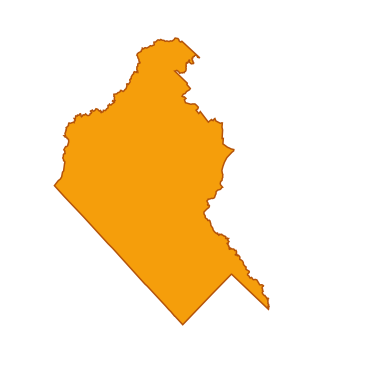 outline of Dolores, Petén, Guatemala, rotated 134°
{"feature_id": "79465075B81519160116587", "entity_name": "Dolores", "entity_type": "district", "adm_level": 2, "iso_a3": "GTM", "parent_name": "Guatemala", "parent_adm1": "Petén", "projection": "robinson", "projection_center": [-89.465, 16.645], "detail": "fine", "context": "isolated", "style": "filled", "palette": "amber", "viewbox_px": 384, "rotation_deg": 134, "n_neighbors": 0, "source": "geoboundaries", "source_scale": "gbopen_adm2", "svg_char_len": 6063}
<svg xmlns="http://www.w3.org/2000/svg" viewBox="0 0 384 384"><g transform="rotate(134 192 192)"><path d="M293.9,106.5L251.0,106.7L223.9,106.6L223.6,106.4L223.3,55.5L222.8,55.7L222.5,56.3L221.9,56.6L222.0,57.3L221.8,57.6L220.9,57.0L220.6,57.2L220.6,58.3L219.6,58.8L219.6,59.9L218.9,60.3L217.9,61.6L217.3,61.9L217.1,62.8L215.7,62.8L215.6,63.6L216.6,64.2L216.1,65.6L216.2,66.6L215.8,67.6L216.3,68.2L216.2,70.1L215.8,71.3L215.3,71.8L213.9,71.9L213.9,73.0L212.8,73.7L212.6,74.6L211.6,75.5L210.1,75.3L209.8,75.5L210.0,76.9L210.5,77.6L211.5,78.4L211.7,79.0L210.2,84.2L210.8,85.6L212.5,87.0L212.5,88.2L212.1,89.1L212.2,90.0L213.4,90.3L213.6,90.8L212.9,92.4L213.1,94.4L212.4,95.0L210.2,95.0L209.3,95.7L210.1,99.5L208.4,101.0L208.4,101.4L208.8,101.9L208.5,102.7L208.4,104.6L207.2,106.0L206.6,107.6L206.7,109.3L207.2,110.5L207.2,110.9L205.5,112.4L205.2,114.5L205.6,115.4L206.1,115.1L206.5,114.5L206.2,116.0L206.3,116.4L207.1,117.0L206.9,117.3L206.0,117.0L205.3,117.2L205.0,117.9L204.2,118.2L203.4,119.8L204.4,120.7L204.0,122.0L204.1,122.4L205.4,123.9L205.5,125.1L206.4,124.8L207.2,125.3L206.6,126.3L205.7,126.8L205.7,127.9L205.1,128.3L204.9,129.9L204.6,130.9L203.9,130.3L203.4,130.9L202.0,130.9L201.8,133.2L200.2,133.4L200.7,133.9L200.5,134.2L200.6,134.5L201.9,135.2L202.0,135.6L200.8,136.4L200.9,137.8L201.4,138.1L201.7,140.1L202.0,140.4L201.8,141.3L202.6,141.7L203.0,142.7L204.0,142.5L204.5,142.7L204.1,143.4L204.6,144.3L203.9,144.7L203.8,145.1L204.0,145.4L204.6,145.5L204.9,145.9L205.0,147.5L204.9,149.1L204.5,150.7L203.6,151.9L202.9,155.2L201.8,156.5L200.3,159.1L200.4,160.2L201.3,160.5L201.5,160.9L200.9,162.3L201.3,163.6L201.0,165.1L200.1,165.7L199.4,168.2L198.1,169.5L194.2,169.5L191.4,169.1L190.0,169.7L189.7,170.0L189.6,170.7L190.5,171.6L190.3,172.0L189.6,172.1L188.9,172.6L188.4,174.6L187.8,175.2L186.3,175.1L185.9,175.4L184.8,174.4L183.1,173.6L182.2,172.5L180.9,172.0L180.2,172.0L178.2,173.0L176.6,173.5L175.0,174.9L172.8,174.8L170.6,173.5L169.3,173.4L168.2,173.7L167.3,173.3L167.0,176.4L166.4,177.5L164.7,178.6L162.7,178.5L161.4,179.6L160.0,180.1L159.2,181.1L158.1,181.8L157.4,183.3L155.7,185.5L152.2,187.5L148.2,189.3L143.1,190.8L135.6,190.9L133.5,190.6L132.4,191.4L133.8,193.7L134.7,196.5L135.1,197.3L135.9,203.2L131.7,206.7L132.6,207.5L126.1,213.1L124.5,215.5L121.3,218.1L121.6,218.3L121.7,218.7L122.9,219.3L124.3,224.2L123.2,226.6L123.9,226.8L124.5,226.3L125.3,226.8L126.0,226.5L126.2,227.2L126.5,227.3L126.4,228.4L130.4,228.8L128.4,241.9L129.8,241.6L130.9,241.7L130.3,245.9L128.0,245.6L126.6,246.4L126.5,249.0L126.6,251.0L128.6,253.1L129.6,253.6L132.3,258.7L130.9,261.6L128.9,261.3L128.9,263.6L129.5,264.0L130.0,265.7L127.6,266.2L125.9,265.3L123.5,265.7L120.2,264.8L118.7,265.1L118.3,270.2L117.0,271.0L117.0,288.4L116.0,287.7L115.4,287.7L114.8,286.8L114.8,286.1L115.0,285.5L114.7,284.7L115.1,283.4L113.1,282.1L113.0,281.6L112.4,281.5L111.6,280.5L110.8,280.9L109.8,280.5L108.6,280.9L107.2,282.0L106.5,283.0L105.5,283.5L105.4,284.0L104.9,284.2L104.0,285.2L103.3,285.4L102.9,285.8L102.3,285.6L102.4,284.8L102.2,284.7L101.3,285.1L100.7,284.9L100.3,285.4L99.0,285.7L98.9,285.2L100.0,284.8L100.5,283.8L100.2,283.1L100.5,282.4L100.1,281.3L99.8,281.0L98.7,280.7L98.5,280.2L98.0,280.4L97.6,281.4L97.7,282.1L96.8,283.0L96.9,283.6L95.8,284.9L95.1,284.5L94.1,285.1L92.8,284.6L92.1,284.9L91.2,284.6L90.6,284.0L90.7,282.6L91.2,281.5L90.1,279.5L90.6,304.0L91.7,304.1L92.1,304.4L92.2,306.2L91.9,307.0L91.5,307.4L91.4,308.8L92.5,310.2L92.5,310.6L93.5,311.2L94.5,310.7L97.3,311.2L98.4,312.6L99.7,313.0L100.8,315.0L102.3,316.0L102.4,317.5L103.5,318.8L103.9,320.3L104.2,320.6L105.3,320.6L105.9,321.8L106.5,322.3L109.4,322.4L110.6,323.5L111.2,323.0L112.2,321.5L112.8,321.4L113.9,322.1L114.9,322.3L115.7,323.6L118.0,323.9L120.0,324.6L120.5,325.7L121.2,326.2L122.6,326.2L123.0,327.7L124.2,326.8L125.3,326.9L126.1,326.2L129.0,327.2L130.6,327.3L131.2,326.9L131.9,326.8L131.9,326.0L133.3,323.5L133.5,322.3L134.7,321.1L134.8,319.6L135.2,319.1L135.8,319.1L136.4,319.9L137.2,320.0L138.3,319.3L139.2,318.4L140.2,318.6L142.4,316.6L142.5,315.5L143.1,314.7L143.1,315.1L143.8,315.5L144.4,314.8L145.5,317.1L146.6,316.9L147.4,316.1L148.8,316.3L151.6,315.6L152.5,314.6L153.2,314.5L153.3,314.8L154.2,314.8L154.7,314.6L155.2,313.5L155.8,313.0L158.8,312.5L159.0,313.6L159.7,314.0L160.9,312.5L163.4,311.2L165.0,311.4L166.1,311.2L167.6,311.4L168.1,313.6L168.6,314.0L169.5,313.4L171.0,313.7L171.9,314.3L173.6,314.3L176.0,316.1L176.6,315.2L177.4,314.8L177.5,313.7L179.4,312.3L179.7,310.8L180.7,311.0L181.4,312.5L181.9,312.3L181.8,311.7L181.1,310.7L181.4,310.1L184.1,310.7L185.7,310.7L186.1,311.3L186.1,312.4L187.2,312.0L187.8,312.6L188.3,312.5L188.6,311.9L189.9,310.8L191.5,311.2L193.5,310.8L194.8,312.5L196.0,311.7L196.7,311.9L197.3,312.4L198.0,312.5L197.9,313.0L197.1,313.3L197.0,314.6L198.0,314.7L198.2,315.6L198.0,317.3L198.8,318.9L200.9,318.5L202.3,319.0L202.5,319.6L202.3,320.6L203.5,320.9L204.2,321.3L204.4,321.2L204.6,319.4L205.5,319.2L206.4,319.7L206.8,319.3L207.8,319.1L209.1,319.7L209.7,320.5L209.7,322.8L211.1,322.7L212.1,323.9L213.8,323.6L214.6,323.7L214.5,324.4L213.3,326.1L213.3,326.7L213.7,326.9L215.4,326.6L216.2,327.8L217.0,327.3L218.1,328.5L220.2,326.9L221.0,327.8L221.5,325.9L221.9,325.6L222.7,325.9L223.6,325.4L223.9,325.0L224.4,325.9L227.2,327.3L227.7,328.4L228.0,328.5L229.1,327.9L229.9,327.1L231.7,327.0L233.1,327.3L233.4,326.5L234.5,326.1L234.7,325.5L235.3,325.2L235.9,325.3L236.7,324.5L238.0,324.2L239.3,322.3L239.9,322.4L240.4,323.0L240.6,321.4L239.7,320.3L239.9,319.6L240.3,319.0L240.0,318.5L240.1,317.3L241.0,316.1L242.2,315.1L243.0,314.9L243.3,314.4L244.2,314.2L245.0,313.6L246.5,313.7L247.0,314.4L247.9,314.3L250.7,313.5L250.8,311.8L251.4,311.6L252.5,310.0L253.4,310.6L254.6,310.4L256.0,309.1L257.0,308.8L257.5,308.2L257.8,307.0L258.7,306.1L258.4,304.8L258.8,304.3L259.7,303.5L260.0,303.5L266.0,299.0L267.7,298.9L271.6,296.3L274.2,295.7L276.6,296.1L283.0,295.4L284.0,280.6L285.2,252.9L287.5,216.4L287.6,210.0L290.9,162.0L290.8,158.8L292.3,131.7L292.7,127.0L292.7,124.5L293.4,118.2L293.2,117.9L293.9,106.5Z" fill="#f59e0b" stroke="#b45309" stroke-width="1.5"/></g></svg>